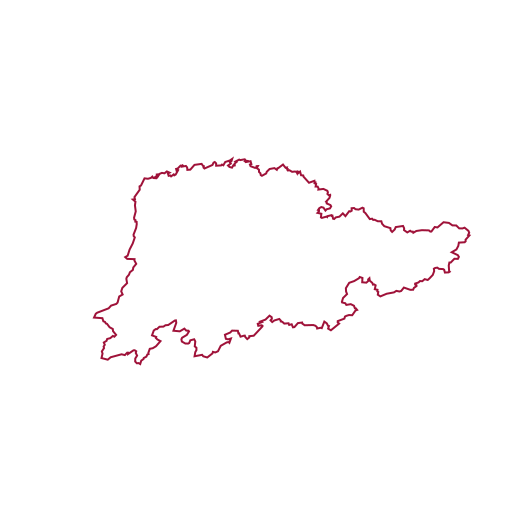 Monaghan Lea-7, Monaghan, Ireland (Equal Earth projection), rotated 323°
{"feature_id": "5873133B95060557510976", "entity_name": "Monaghan Lea-7", "entity_type": "district", "adm_level": 2, "iso_a3": "IRL", "parent_name": "Ireland", "parent_adm1": "Monaghan", "projection": "equal_earth", "projection_center": [-6.973, 54.288], "detail": "fine", "context": "isolated", "style": "outline", "palette": "rose", "viewbox_px": 512, "rotation_deg": 323, "n_neighbors": 0, "source": "geoboundaries", "source_scale": "gbopen_adm2", "svg_char_len": 6130}
<svg xmlns="http://www.w3.org/2000/svg" viewBox="0 0 512 512"><g transform="rotate(323 256 256)"><path d="M400.0,385.0L401.3,385.1L401.2,384.2L404.2,379.6L406.5,377.6L407.6,378.4L412.8,377.6L415.5,379.8L417.5,378.8L417.7,376.8L414.6,370.8L420.0,371.4L423.6,369.7L426.1,367.4L430.9,370.6L432.3,370.4L433.2,369.1L438.8,368.0L438.0,366.9L440.3,365.7L440.8,363.7L439.6,358.9L437.4,358.2L434.9,356.2L434.3,352.1L431.3,349.8L430.0,345.7L426.1,341.9L418.1,342.4L416.2,340.4L410.8,342.0L409.9,341.4L409.5,339.6L404.0,335.2L399.1,332.5L395.6,332.1L395.9,330.9L394.7,330.1L394.3,328.6L391.0,328.2L389.8,324.4L391.0,323.0L391.5,320.5L385.0,317.0L382.7,318.3L379.2,318.7L379.0,316.6L380.1,314.6L376.4,309.4L376.1,306.1L377.0,303.7L374.2,301.6L372.5,298.4L371.3,297.7L371.2,296.1L369.1,295.0L369.2,287.5L368.7,285.5L370.7,282.7L370.1,281.5L365.9,280.7L363.6,278.5L363.2,276.7L361.1,275.4L359.7,277.4L358.2,277.3L357.4,276.3L351.4,278.0L351.0,274.2L346.3,274.8L343.0,273.2L340.7,273.5L340.0,272.6L341.3,269.8L340.6,269.5L340.8,268.8L337.1,267.2L336.3,267.7L336.1,267.0L331.5,265.2L331.1,264.2L333.6,261.6L331.1,258.6L333.2,258.2L333.9,257.3L333.3,256.6L335.3,255.9L337.6,256.2L339.0,258.0L338.8,261.5L340.6,261.2L343.7,262.5L345.9,261.6L346.1,260.1L344.1,256.6L344.8,255.7L344.6,254.8L349.7,253.8L351.6,252.4L352.0,251.8L350.7,251.3L350.4,249.4L351.8,248.4L352.2,246.8L350.2,243.0L345.8,240.5L346.6,239.8L347.0,237.7L345.4,236.4L347.4,234.6L346.6,233.3L347.7,232.9L347.2,232.2L347.9,231.1L342.4,229.4L341.7,221.3L342.2,220.1L340.6,218.6L342.0,215.1L340.1,215.2L340.6,214.3L340.0,213.4L338.7,214.5L338.9,213.3L338.0,212.0L335.5,210.5L334.3,207.6L332.9,206.9L332.9,206.0L333.7,205.5L333.2,204.4L333.9,203.9L332.7,203.2L332.6,199.2L326.4,199.2L325.4,198.3L325.8,199.0L324.5,199.7L323.6,196.9L319.2,194.7L315.3,195.2L313.8,196.2L309.0,195.5L308.5,194.2L309.3,192.6L309.0,190.7L310.3,188.8L309.5,186.2L311.6,185.3L310.5,184.6L309.3,185.5L308.3,185.1L305.7,181.0L306.2,179.3L307.6,179.8L308.7,177.0L304.3,174.8L304.3,174.2L305.4,174.2L304.5,173.5L305.3,173.2L305.2,172.0L301.1,169.9L300.6,168.9L296.5,168.2L296.9,169.2L294.6,169.3L293.5,170.9L292.9,170.6L293.4,169.9L292.5,169.9L290.0,171.0L288.4,168.9L288.1,166.9L291.5,167.0L291.6,165.2L293.4,165.5L295.4,164.1L292.7,164.0L288.0,162.4L284.5,163.9L283.8,162.5L282.7,162.7L278.5,159.9L279.9,158.0L279.6,156.1L278.3,155.9L276.0,157.1L267.5,155.1L267.3,153.8L268.4,152.9L267.9,152.1L268.0,149.7L261.7,146.2L255.5,147.5L253.0,145.9L254.3,143.8L254.2,141.9L250.9,140.2L252.7,139.3L251.1,139.3L250.2,138.4L246.1,139.0L244.6,138.4L243.9,140.1L245.4,139.9L245.6,140.5L240.9,142.6L239.3,142.4L239.4,141.3L236.1,141.3L236.0,140.1L234.5,139.4L235.3,137.1L237.1,137.4L235.7,134.8L232.7,134.9L230.9,133.0L228.6,132.4L226.3,133.1L227.2,132.0L225.8,131.2L225.1,132.3L223.4,132.3L224.6,133.7L223.3,134.0L220.9,131.9L221.0,130.2L219.1,130.4L216.2,129.3L213.7,126.9L206.6,130.5L204.9,130.3L203.0,133.1L194.4,135.8L193.5,137.8L191.7,136.8L192.4,140.1L189.8,142.7L186.8,148.0L181.7,152.0L180.8,153.6L181.3,154.9L180.3,155.9L181.2,156.9L179.9,158.8L177.1,161.5L171.1,165.2L170.3,166.5L170.4,168.2L165.1,171.8L158.9,174.8L153.7,178.5L150.9,178.2L151.4,180.8L157.1,185.4L156.2,186.4L155.6,190.2L151.1,191.3L149.3,193.0L145.5,193.1L143.3,194.5L140.0,195.2L138.7,196.2L136.7,200.1L130.1,201.0L127.1,203.1L126.3,206.5L122.4,206.0L117.4,209.9L115.6,210.2L110.4,208.4L106.8,209.1L95.0,205.7L93.3,205.7L89.6,207.7L95.9,213.2L94.8,216.3L95.7,217.7L95.5,219.5L96.2,220.5L96.2,224.8L97.7,228.1L96.6,230.0L96.8,234.8L94.3,235.2L93.6,233.7L90.2,233.9L87.2,232.7L85.6,233.8L82.4,233.5L81.8,235.9L79.8,236.6L79.2,238.1L75.5,239.4L74.7,241.6L71.2,244.5L75.2,249.6L79.0,249.4L89.5,253.6L91.6,256.2L95.0,255.7L95.6,256.2L94.8,257.3L101.4,257.6L102.4,258.3L103.0,260.0L101.6,261.1L101.1,264.0L97.9,265.2L96.0,267.6L96.3,270.0L97.8,270.9L98.5,272.6L101.4,270.5L104.1,270.6L105.0,269.9L107.8,270.4L109.9,269.3L111.2,269.7L111.7,268.6L115.3,266.2L118.0,267.5L121.8,267.9L128.5,266.5L127.0,263.3L126.7,261.2L127.6,260.6L125.2,256.8L129.5,254.0L131.9,254.0L132.9,254.8L136.3,254.4L139.6,256.7L142.0,256.8L144.4,258.3L152.4,258.7L153.3,259.2L152.1,261.4L145.1,266.0L149.8,270.3L155.1,270.9L155.4,273.6L157.1,275.0L157.1,275.9L153.3,277.4L147.8,276.8L146.3,277.6L145.3,279.7L146.9,283.4L149.1,285.1L150.3,285.3L152.8,283.8L156.5,285.3L156.1,287.7L152.7,291.3L153.2,293.4L151.8,295.3L149.7,296.2L146.6,299.1L153.5,302.5L153.5,304.3L156.0,307.7L162.6,307.6L163.9,306.6L165.4,308.5L168.3,309.2L173.8,306.5L180.7,307.4L182.4,308.3L182.5,309.3L186.3,306.8L183.6,305.8L182.1,304.0L183.8,300.2L189.4,301.6L192.0,301.2L196.5,304.8L195.4,307.2L195.9,307.5L195.1,311.1L198.9,312.6L199.4,312.1L198.7,314.2L199.0,317.1L201.6,317.0L202.4,316.0L206.2,318.3L218.8,316.1L219.2,315.6L218.8,314.7L215.8,313.1L216.6,311.2L220.8,312.3L220.2,311.0L225.3,312.5L230.9,311.8L231.7,314.3L230.9,315.7L228.9,316.1L229.2,318.5L231.8,318.5L236.7,320.3L236.9,322.6L236.4,323.2L237.4,324.4L237.9,327.0L241.5,329.3L241.0,331.0L243.4,332.0L242.6,335.2L243.9,335.9L249.1,334.8L252.8,336.9L252.3,337.8L253.2,340.6L260.2,345.6L261.5,347.5L261.8,349.6L261.2,350.7L264.4,352.2L265.1,353.2L271.1,349.5L272.0,352.4L271.5,355.5L272.0,355.9L269.9,357.4L271.1,360.4L281.7,360.0L281.3,358.2L282.1,357.2L288.9,359.2L290.6,357.9L292.2,358.2L294.7,359.1L297.2,361.2L302.7,359.4L304.3,359.9L304.2,357.8L303.5,357.2L304.3,354.7L302.7,351.5L298.7,349.4L298.9,347.5L296.8,344.9L297.0,344.3L300.3,341.9L305.8,341.2L306.6,338.5L308.4,335.8L314.3,333.5L319.3,335.1L324.8,335.7L326.2,335.2L327.8,337.6L325.0,340.9L328.1,343.7L330.6,343.5L331.5,342.2L333.2,342.0L332.0,344.2L332.7,347.4L332.2,349.3L333.2,349.7L333.9,351.4L330.9,354.0L332.7,356.1L331.6,357.3L332.0,358.3L330.0,360.2L331.0,363.1L337.7,364.8L344.3,368.1L347.1,368.3L349.2,370.7L350.9,371.3L355.1,370.2L358.9,375.9L361.2,377.5L362.9,376.5L366.1,376.6L366.6,375.9L365.9,374.6L366.5,373.8L369.8,374.9L371.9,374.7L373.6,376.2L376.8,376.0L378.7,378.5L381.0,378.3L385.8,377.5L389.2,375.3L390.4,373.2L391.9,373.4L393.8,374.4L394.4,376.4L397.5,379.0L398.0,380.2L396.9,382.9L400.0,385.0Z" fill="none" stroke="#9f1239" stroke-width="2"/></g></svg>